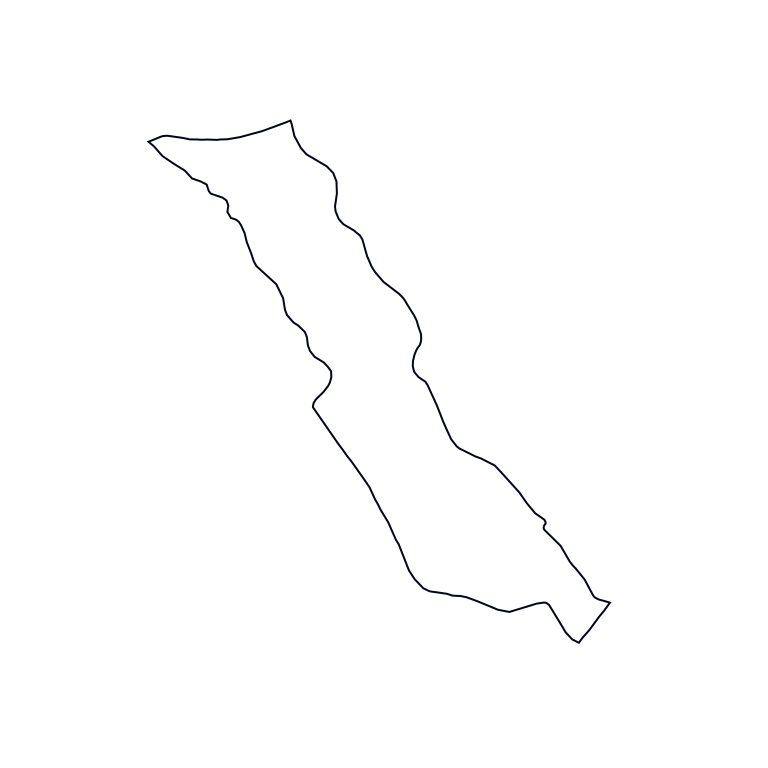 outline of San Juan Cotzal, Quiché, Guatemala, rotated 248°
{"feature_id": "79465075B84889349679373", "entity_name": "San Juan Cotzal", "entity_type": "district", "adm_level": 2, "iso_a3": "GTM", "parent_name": "Guatemala", "parent_adm1": "Quiché", "projection": "mercator", "projection_center": [-91.017, 15.425], "detail": "fine", "context": "isolated", "style": "outline", "palette": "ink", "viewbox_px": 768, "rotation_deg": 248, "n_neighbors": 0, "source": "geoboundaries", "source_scale": "gbopen_adm2", "svg_char_len": 2291}
<svg xmlns="http://www.w3.org/2000/svg" viewBox="0 0 768 768"><g transform="rotate(248 384 384)"><path d="M96.6,511.6L100.2,507.1L103.8,502.3L105.8,500.6L107.4,499.4L109.6,498.7L127.4,496.8L140.9,492.7L145.0,491.1L149.8,489.7L167.9,487.1L188.6,478.1L190.1,478.0L191.4,478.4L192.9,479.6L194.1,481.6L195.9,482.1L198.0,481.9L207.4,475.8L219.8,471.8L232.6,468.9L255.1,460.7L266.9,456.2L275.9,448.4L278.4,446.3L282.5,441.7L295.9,429.8L297.7,428.8L299.1,428.0L307.5,425.6L319.4,425.0L327.3,424.8L344.2,425.0L366.4,424.0L370.7,423.2L374.3,420.7L377.5,418.6L380.3,417.7L383.9,416.6L386.3,416.8L389.9,417.4L394.5,419.5L399.4,423.0L403.2,426.6L404.8,428.6L406.8,431.9L409.8,434.3L411.9,435.4L416.3,437.0L423.0,437.3L430.7,438.0L436.4,437.6L447.9,435.5L454.1,434.6L457.6,433.6L462.0,431.7L477.8,422.4L478.8,421.8L490.9,417.7L497.5,416.5L508.7,416.2L526.0,418.1L530.9,417.3L534.9,415.0L537.4,413.8L547.3,406.2L554.0,403.8L562.2,403.8L567.0,405.1L578.3,411.7L589.6,415.8L598.5,416.0L607.2,412.5L625.9,398.2L633.6,395.4L647.5,393.8L659.1,395.7L663.3,396.0L663.3,391.8L663.4,388.4L664.1,365.7L666.8,343.2L669.5,330.7L672.0,324.0L672.9,320.6L676.7,312.1L678.9,306.1L680.9,301.9L683.5,295.7L687.8,289.2L695.3,276.2L696.6,272.3L696.9,269.9L696.8,256.4L690.6,259.7L678.1,264.1L667.7,271.1L656.4,279.3L646.5,283.0L640.2,290.2L635.3,294.3L628.5,293.8L625.3,294.8L617.3,304.1L613.2,306.7L607.8,306.5L602.3,303.3L595.4,304.2L591.8,308.4L588.6,310.2L584.8,310.9L576.3,311.3L566.9,309.9L555.1,309.8L546.9,309.2L541.3,309.8L516.8,321.5L501.3,322.6L490.0,320.0L484.2,319.9L474.7,323.2L470.5,326.3L461.9,330.1L456.6,330.1L448.2,327.9L442.3,327.8L435.0,329.9L426.6,336.2L420.9,338.4L415.6,339.7L410.0,337.7L405.7,334.4L403.2,331.6L399.4,325.1L397.3,320.1L395.1,314.8L392.8,311.7L390.9,310.4L389.1,309.4L346.0,319.1L338.5,321.1L330.7,322.9L324.1,324.9L302.8,329.9L293.6,331.9L280.3,332.5L274.9,333.3L268.8,333.7L254.1,336.1L234.9,336.7L229.9,337.6L201.7,337.3L191.5,339.3L179.7,344.0L174.6,348.8L165.9,363.8L162.1,368.3L159.8,373.2L158.9,375.3L155.6,380.3L151.9,384.5L147.4,389.4L132.0,405.1L125.7,414.8L123.2,443.2L121.4,450.6L120.1,452.6L117.3,454.3L98.0,457.5L93.6,458.2L85.7,459.4L76.6,462.9L71.1,467.8L74.0,472.4L78.9,482.1L87.7,496.4L91.2,502.9L96.6,511.6Z" fill="none" stroke="#020617" stroke-width="2"/></g></svg>